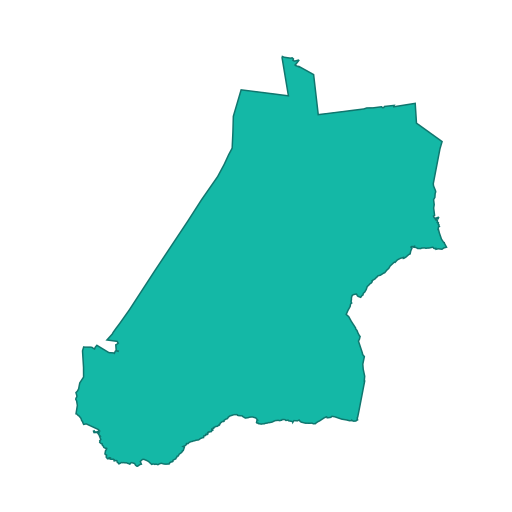 Villa García, Zacatecas, Mexico (Equal Earth projection), rotated 82°
{"feature_id": "50627088B46561394419129", "entity_name": "Villa García", "entity_type": "district", "adm_level": 2, "iso_a3": "MEX", "parent_name": "Mexico", "parent_adm1": "Zacatecas", "projection": "equal_earth", "projection_center": [-101.841, 22.125], "detail": "fine", "context": "isolated", "style": "filled", "palette": "teal", "viewbox_px": 512, "rotation_deg": 82, "n_neighbors": 0, "source": "geoboundaries", "source_scale": "gbopen_adm2", "svg_char_len": 6071}
<svg xmlns="http://www.w3.org/2000/svg" viewBox="0 0 512 512"><g transform="rotate(82 256 256)"><path d="M322.1,439.3L325.8,441.0L342.4,442.3L351.9,443.6L357.2,448.2L362.8,450.1L365.0,451.7L366.2,453.3L369.8,452.8L370.8,453.2L371.8,454.1L372.9,454.4L374.5,453.8L379.1,453.7L387.2,456.2L387.5,455.5L389.4,454.1L389.6,453.6L392.5,451.9L394.5,451.6L396.2,450.7L396.8,450.7L398.8,450.1L398.6,447.5L405.7,436.5L407.4,435.3L407.7,436.7L408.1,436.8L407.9,437.5L408.5,438.0L408.5,438.4L407.9,438.8L407.8,440.3L406.6,440.6L406.8,441.3L408.3,441.0L408.7,437.8L409.8,437.1L409.6,436.3L410.5,436.8L412.1,436.0L412.1,435.7L412.7,435.3L412.8,436.0L416.2,435.2L417.3,436.5L418.1,436.3L418.8,436.7L420.2,435.5L420.4,434.6L421.7,434.6L422.8,433.8L424.4,433.3L425.4,431.9L425.6,430.7L426.0,430.6L427.5,431.7L427.8,432.1L430.9,433.1L431.5,432.9L432.3,431.7L432.6,431.7L432.8,432.0L434.2,432.1L434.3,432.3L436.1,431.3L436.3,430.7L435.3,429.5L435.4,428.8L435.7,428.2L436.0,428.3L436.4,429.2L436.7,428.9L437.1,427.9L437.4,425.5L438.0,424.7L438.3,424.6L439.0,425.1L439.2,424.7L439.0,423.2L439.3,422.3L441.2,422.0L441.7,421.1L442.7,420.8L442.7,420.2L441.8,418.1L442.1,417.0L442.2,415.6L442.6,414.5L442.7,413.1L443.5,411.9L443.9,410.7L444.4,410.4L444.5,409.9L444.2,409.4L443.7,409.1L443.4,408.4L443.3,407.8L444.6,405.1L446.4,404.4L447.6,403.2L447.7,402.8L447.5,402.1L446.4,400.1L446.2,398.5L443.4,399.2L442.1,397.5L441.6,396.4L441.8,395.2L443.8,391.9L445.2,390.4L446.6,389.4L447.9,388.2L447.6,387.2L447.7,386.4L448.3,385.2L448.1,384.0L449.0,382.2L448.7,381.2L448.3,380.6L448.1,378.6L449.2,376.0L449.6,374.1L449.8,371.5L449.9,371.1L449.5,370.5L448.8,370.4L448.4,369.7L448.3,368.8L448.0,368.5L448.1,367.4L447.9,366.9L446.9,366.8L446.3,365.7L445.7,363.7L445.3,363.6L444.3,362.5L443.3,362.0L443.2,360.8L441.6,359.7L440.3,357.2L439.3,356.1L438.8,356.1L438.5,355.1L435.5,353.6L434.9,354.1L434.5,354.7L434.2,353.5L434.2,353.0L433.4,351.7L432.8,351.0L432.3,351.1L432.0,350.8L432.3,349.4L431.3,348.1L430.8,346.3L430.7,344.5L430.4,343.8L430.4,342.3L430.1,341.2L430.1,338.4L429.0,336.3L428.4,333.8L428.5,333.2L426.9,332.7L426.8,331.3L426.6,330.8L425.7,330.7L425.5,330.3L426.0,329.2L425.9,329.0L425.5,329.1L425.4,328.4L424.6,328.2L424.1,328.4L423.6,327.5L423.9,327.0L423.5,326.4L423.8,325.1L423.6,324.6L423.0,324.4L422.5,323.2L421.7,324.0L421.1,323.8L421.1,322.6L420.9,322.0L420.7,321.8L420.0,322.0L419.7,320.6L419.2,319.7L419.3,318.1L418.7,317.0L418.6,316.2L418.2,315.7L417.8,315.9L417.1,314.8L416.5,314.6L415.3,312.4L415.2,311.8L415.4,311.4L415.3,310.7L414.3,310.5L413.3,308.5L413.2,307.3L412.3,306.2L411.6,305.8L411.4,305.1L410.9,304.6L410.1,300.2L410.1,299.2L410.3,298.3L410.3,297.4L410.6,296.6L411.2,296.5L411.7,295.2L412.3,292.2L412.6,291.7L413.0,291.6L415.0,289.1L415.0,286.2L414.7,284.9L414.8,282.6L414.9,281.8L415.9,279.8L416.1,278.9L418.6,277.3L418.6,277.8L421.0,278.7L421.6,278.2L421.7,277.3L422.2,277.1L422.5,276.6L422.9,274.8L423.2,274.4L423.1,273.0L423.3,271.1L423.0,270.2L423.0,267.8L422.7,267.0L422.9,266.0L422.7,263.2L421.7,260.0L421.8,256.9L422.3,255.7L422.3,254.7L422.1,254.1L422.2,253.4L421.6,252.9L421.8,251.1L422.1,250.0L423.0,249.3L423.0,247.2L423.1,246.9L423.7,246.7L424.7,243.8L425.3,242.7L425.8,242.7L424.3,241.4L425.0,237.8L424.5,236.4L424.5,236.0L426.0,235.3L426.8,234.3L428.4,230.4L429.1,226.1L429.3,223.8L430.1,222.6L430.3,220.4L429.7,219.8L428.6,217.5L428.2,216.1L425.9,211.3L425.0,208.6L425.3,208.3L426.1,208.1L426.2,207.5L426.2,204.3L425.4,203.4L425.4,202.8L426.2,200.3L429.5,193.8L430.9,189.3L432.1,186.4L432.4,183.7L432.2,183.7L433.0,182.8L433.2,181.8L433.3,180.1L433.0,179.5L432.6,178.7L432.3,178.7L432.3,178.2L430.4,178.3L429.6,177.7L424.5,175.9L395.0,165.8L394.9,166.2L390.2,165.1L383.1,165.6L378.0,165.3L370.7,162.7L368.2,164.2L367.2,164.1L354.5,166.4L352.9,165.2L350.1,164.1L349.3,164.7L346.6,165.7L343.7,166.4L342.2,167.4L341.1,167.4L333.8,170.8L329.0,172.6L326.4,174.8L322.8,172.6L319.1,169.8L317.1,169.2L316.2,168.6L315.9,167.8L314.1,168.2L312.7,167.6L310.7,167.3L308.5,166.3L307.8,164.9L307.6,162.1L307.8,161.7L309.4,161.2L310.2,160.5L311.5,158.1L309.8,156.4L309.4,155.4L308.3,155.2L307.6,154.6L307.0,153.5L304.5,151.5L301.7,150.1L300.5,148.3L299.5,147.2L298.7,145.5L297.6,144.5L296.7,144.6L295.0,140.9L293.9,139.8L293.8,139.3L292.6,138.0L292.3,135.4L290.6,131.8L290.6,131.0L288.1,128.3L286.8,126.3L284.6,124.6L281.7,120.5L281.3,119.7L281.7,119.2L279.5,116.5L278.4,113.3L277.9,110.2L278.9,110.4L278.9,110.0L278.0,107.8L275.8,104.5L275.4,103.1L272.4,102.0L270.0,100.5L268.8,101.3L268.4,101.0L268.2,100.1L268.7,99.5L268.4,97.8L269.3,98.1L269.1,98.6L269.0,98.4L269.1,99.1L269.7,96.7L270.5,95.4L271.0,95.1L271.6,91.8L271.2,91.1L271.4,88.0L272.0,86.7L272.0,84.2L272.2,83.9L271.9,79.9L272.3,79.2L273.0,79.0L273.5,78.3L273.4,76.9L274.4,76.9L274.2,74.4L275.2,70.9L274.2,69.0L273.8,66.1L269.3,67.8L268.9,67.7L268.5,68.4L265.1,70.0L258.9,71.2L255.4,71.6L255.2,72.1L252.5,71.2L252.3,70.3L250.5,71.0L250.4,70.6L249.3,71.1L248.4,70.8L248.0,71.9L246.6,71.4L245.7,71.7L245.4,72.8L245.0,73.1L244.0,72.3L244.5,70.5L243.3,69.8L243.0,70.1L243.6,72.6L243.4,73.1L243.6,73.7L242.7,74.3L241.2,74.7L240.6,73.5L233.2,73.4L230.0,72.4L224.9,72.3L222.8,70.7L219.0,69.9L217.5,69.1L216.2,69.2L211.4,70.4L209.1,70.4L175.4,58.9L168.6,55.8L146.8,78.6L127.0,77.1L127.4,98.8L126.7,98.8L126.1,98.3L125.8,107.9L126.8,108.9L126.7,110.2L125.7,110.9L125.6,119.4L124.8,125.7L125.4,128.8L124.7,174.7L84.4,173.7L74.4,186.9L74.8,187.0L72.7,190.6L72.2,190.7L71.9,190.4L72.0,190.2L68.3,186.4L67.9,186.7L68.4,190.6L67.4,192.2L66.1,191.5L64.8,192.6L64.9,194.3L63.0,200.7L62.1,202.1L63.3,202.6L101.9,201.6L89.4,247.6L114.5,259.0L130.0,261.6L145.9,264.6L151.8,268.9L160.8,274.7L172.0,282.9L192.6,302.0L211.9,318.6L256.8,358.5L291.6,388.8L303.7,400.2L308.2,404.7L311.9,408.2L313.2,409.1L318.4,415.3L321.2,405.4L323.2,404.6L324.5,406.9L324.5,407.2L330.3,407.6L331.0,405.7L331.2,405.8L330.4,407.9L330.6,408.5L332.7,409.9L332.1,410.7L331.3,414.8L330.9,415.5L322.3,426.0L324.1,428.0L325.6,428.8L324.7,430.1L323.7,431.1L323.3,432.3L322.4,438.3L322.1,439.3Z" fill="#14b8a6" stroke="#0f766e" stroke-width="1.5"/></g></svg>